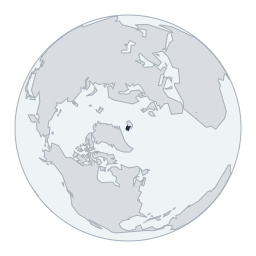 Vestfirðir on an orthographic globe, rotated 277°
{"feature_id": "ISL-690", "entity_name": "Vestfirðir", "entity_type": "Region", "adm_level": 1, "iso_a3": "ISL", "parent_name": "Iceland", "parent_adm1": "", "projection": "orthographic", "projection_center": [-22.568, 65.72], "detail": "fine", "context": "on_globe", "style": "filled", "palette": "slate", "viewbox_px": 256, "rotation_deg": 277, "n_neighbors": 0, "source": "natural_earth", "source_scale": "10m", "svg_char_len": 11620}
<svg xmlns="http://www.w3.org/2000/svg" viewBox="0 0 256 256"><g transform="rotate(277 128 128)"><circle cx="128" cy="128" r="113" fill="#eef3f6" stroke="#a8b0b8"/><path d="M42.4,201.3L40.5,198.9L32.3,186.0L33.4,185.7L32.1,182.7L36.4,184.3L36.0,178.7L34.7,176.1L32.9,175.7L29.1,165.8L28.7,159.7L22.4,128.8L22.9,124.1L24.8,120.9L32.3,100.2L24.6,114.9L25.7,109.2L28.4,102.5L29.1,103.3L33.9,95.6L36.2,89.9L43.9,82.0L54.6,79.1L52.5,81.9L55.3,81.0L58.1,77.5L59.2,75.5L72.7,68.8L82.9,59.2L83.2,55.0L85.4,57.0L84.1,48.4L87.8,43.1L85.4,49.9L86.5,51.2L89.9,47.9L91.7,48.6L94.5,47.4L96.4,48.6L94.8,52.6L96.0,53.5L98.4,51.1L101.7,50.9L98.1,54.2L103.7,54.2L102.1,61.3L90.9,69.8L91.8,75.1L84.8,87.8L87.1,87.7L86.0,92.7L88.2,94.5L86.3,96.5L89.8,96.3L91.1,94.1L93.1,93.4L94.6,94.3L92.4,96.9L91.3,96.8L91.4,98.1L89.7,99.0L91.4,99.1L88.5,102.3L93.5,100.6L93.0,104.3L90.5,106.0L88.0,103.9L76.0,103.2L72.7,104.6L70.6,108.4L72.4,119.6L69.9,122.0L68.6,126.6L71.2,126.1L73.2,122.3L77.8,122.7L79.7,118.2L81.8,117.7L84.9,114.0L87.3,116.7L88.1,121.3L85.7,124.6L86.0,126.8L90.7,125.5L88.5,133.5L91.1,142.3L90.2,144.2L84.2,144.5L78.1,139.8L70.2,140.7L78.3,142.4L76.0,147.4L76.8,149.2L78.7,150.3L80.8,149.3L80.6,151.6L72.5,150.7L72.6,148.6L75.1,148.9L72.2,146.8L66.8,146.5L66.0,149.2L58.6,146.3L58.0,148.2L56.0,148.8L57.5,145.8L54.7,151.2L45.8,149.3L41.7,157.8L42.5,147.8L40.8,143.6L38.3,139.4L37.6,140.7L35.3,133.7L31.5,130.6L27.3,134.4L25.9,140.9L28.6,148.1L30.7,147.8L33.4,152.1L28.8,154.9L33.1,164.1L31.1,167.6L32.0,172.0L34.9,175.4L37.6,180.3L40.5,180.7L44.8,183.6L43.9,187.0L47.0,186.2L48.8,190.1L57.9,197.4L57.0,197.7L64.4,207.3L74.0,214.4L76.2,217.7L74.9,218.4L78.5,220.4L78.6,221.3L94.3,228.2L103.4,232.1L103.8,234.2L97.6,234.6L95.1,235.7L91.7,234.6L83.7,231.5L75.9,227.9L68.4,223.6L61.3,218.8L54.6,213.4L48.3,207.6L42.4,201.3ZM50.2,46.6L51.1,45.9L49.4,47.5L50.2,46.6ZM52.4,44.8L51.9,45.1L52.5,44.7L52.4,44.8ZM53.3,43.9L52.7,44.5L53.4,43.9L53.3,43.9ZM54.5,42.9L53.9,43.4L54.0,43.4L54.5,42.9ZM40.1,159.8L45.2,171.8L41.0,167.4L42.0,167.7L41.0,164.1L38.7,158.7L35.4,154.9L40.1,159.8ZM56.6,41.2L57.1,40.7L56.6,41.2L56.6,41.2ZM45.2,159.6L44.2,157.8L45.4,159.3L45.2,159.6ZM59.5,74.5L57.9,77.4L54.7,80.4L55.8,77.8L59.5,74.5ZM65.8,69.2L65.6,70.7L62.5,71.3L63.6,70.3L65.8,69.2ZM83.0,51.9L81.5,53.8L82.4,51.8L83.0,51.9ZM94.5,47.1L94.4,46.3L95.8,46.1L94.5,47.1ZM83.3,112.8L84.0,113.4L83.1,113.7L83.3,112.8ZM83.9,110.6L82.2,110.7L82.3,109.6L83.3,109.7L83.9,110.6ZM100.1,47.6L102.5,47.5L99.8,48.3L100.1,47.6ZM85.9,110.9L82.5,107.9L82.6,106.1L86.6,104.7L85.9,110.9ZM103.7,47.9L109.5,47.6L109.7,45.9L112.5,50.7L106.6,49.3L103.2,50.5L104.6,48.9L103.7,47.9ZM90.9,93.1L89.6,95.4L89.3,92.6L90.9,93.1ZM90.3,91.5L86.8,84.4L89.5,81.6L90.2,84.5L92.6,80.2L95.7,82.3L95.0,85.1L92.6,86.5L95.6,86.3L90.3,91.5ZM113.1,53.5L114.3,54.1L112.7,54.3L113.1,53.5ZM93.9,92.9L92.9,91.6L95.3,89.1L97.6,91.1L96.1,91.2L93.9,92.9ZM91.8,78.1L93.9,76.6L97.0,77.9L98.2,77.5L96.0,82.1L91.8,78.1ZM96.3,92.3L98.7,92.2L99.0,94.2L95.0,93.9L96.3,92.3ZM94.9,87.6L96.1,86.5L96.2,87.7L94.9,87.6ZM101.2,101.7L100.0,100.2L101.1,98.7L101.2,101.7ZM99.6,92.0L99.5,91.3L99.8,90.5L101.4,90.9L99.6,92.0ZM98.3,82.7L99.2,83.6L99.4,80.9L101.7,81.8L99.8,84.7L101.6,83.8L102.3,84.1L100.0,86.2L98.3,82.7ZM103.9,89.1L102.3,93.3L104.3,96.3L103.4,97.7L100.3,92.5L103.9,89.1ZM101.8,87.2L102.9,88.7L101.2,89.6L99.4,89.2L101.8,87.2ZM103.9,81.4L100.9,79.2L101.4,78.6L103.9,81.4ZM104.8,89.8L105.2,88.7L105.2,89.9L104.8,89.8ZM104.6,83.7L103.4,83.0L104.1,82.4L104.6,83.7ZM106.9,87.3L106.4,88.7L105.1,88.4L106.9,87.3ZM106.1,85.5L107.2,84.8L105.0,87.5L105.5,85.3L106.1,85.5ZM105.4,83.2L105.4,82.6L105.8,83.6L105.4,83.2ZM111.9,87.6L109.4,91.0L106.6,90.4L109.5,87.2L111.9,87.6ZM222.2,66.2L221.6,65.8L224.7,70.8L223.4,69.4L222.9,71.6L226.8,79.1L233.6,93.3L236.2,97.9L237.8,103.7L235.7,104.7L232.5,102.5L233.1,106.4L229.7,109.8L227.9,124.0L226.4,124.2L226.3,127.6L223.8,131.2L221.0,131.2L220.0,134.5L227.1,134.4L228.0,130.8L227.0,125.1L229.0,126.2L231.3,123.0L233.2,134.9L228.4,158.5L225.9,155.8L211.6,155.3L210.8,153.3L210.7,153.2L210.4,153.0L211.2,156.7L208.0,156.0L217.9,159.1L220.5,161.8L228.4,159.0L228.2,160.6L230.1,158.8L233.7,146.6L234.2,147.9L233.8,159.1L226.9,180.2L226.6,182.4L226.3,183.0L221.5,190.8L216.1,198.1L210.2,205.1L203.6,211.5L196.6,217.3L189.2,222.6L188.7,222.6L193.1,218.7L193.2,217.2L186.6,216.6L188.2,212.1L185.9,211.8L181.5,214.6L178.6,214.0L175.8,215.3L156.3,223.6L149.1,222.6L137.4,215.2L140.0,210.6L138.2,205.6L154.2,180.8L160.1,180.0L175.6,169.1L177.9,168.5L178.9,173.9L192.7,170.9L193.9,164.8L203.6,159.1L208.4,153.0L205.2,143.1L197.4,153.1L193.4,150.8L197.4,139.6L203.9,130.8L202.5,129.7L196.2,132.1L195.3,127.0L193.7,132.6L196.1,132.6L195.1,136.2L192.9,136.4L192.7,134.6L190.1,136.5L191.8,145.0L194.4,145.9L189.0,153.3L192.8,155.5L192.2,158.9L185.5,156.3L184.4,154.0L173.9,153.0L174.6,156.1L184.5,157.3L182.5,158.3L183.5,162.7L181.1,160.1L170.0,158.2L163.6,164.0L159.5,177.5L155.0,180.2L149.3,180.0L146.8,169.5L157.3,164.7L156.5,161.1L151.0,157.7L154.6,156.6L153.6,154.7L157.3,152.6L159.0,145.8L162.2,143.2L159.6,136.8L160.9,134.7L162.0,139.1L164.5,140.8L172.0,134.6L172.5,132.2L170.3,128.7L172.6,127.5L169.4,124.8L172.2,119.7L166.2,123.8L163.4,119.9L163.2,114.9L161.2,114.4L161.4,122.6L162.5,125.3L165.1,126.3L167.1,134.4L165.2,137.4L159.1,131.9L155.8,135.6L152.5,129.9L153.9,111.0L156.1,105.1L166.7,102.7L168.1,106.0L164.9,108.4L170.8,109.3L168.9,107.7L170.8,106.8L168.6,103.1L169.9,102.3L165.6,100.1L166.9,98.7L169.6,100.1L167.5,93.6L169.3,89.9L168.2,88.9L166.5,88.8L170.0,84.3L169.1,83.7L167.5,84.9L164.6,84.6L160.8,82.4L162.2,81.0L163.8,81.6L169.2,80.8L173.1,82.8L173.3,82.0L170.3,80.0L163.7,80.9L161.0,79.9L163.9,79.0L162.7,79.3L161.8,78.4L162.2,76.2L158.9,77.0L147.2,69.6L146.9,64.8L150.8,64.7L144.2,58.5L144.3,53.9L142.9,55.0L138.8,53.0L138.7,54.4L137.7,54.8L127.0,50.6L125.6,48.6L119.4,48.4L118.7,49.0L119.4,50.4L112.5,50.7L109.7,45.9L111.5,44.8L108.6,42.7L113.0,40.4L115.4,37.7L122.0,36.7L123.3,34.7L121.9,34.2L122.7,31.2L128.8,27.4L129.6,33.0L121.6,39.9L125.4,37.2L126.3,38.7L128.7,38.2L131.2,36.4L130.4,35.6L143.2,37.3L152.7,35.3L147.9,33.2L147.1,31.0L153.6,27.5L171.2,29.9L170.3,27.6L171.8,27.4L175.8,29.2L173.8,29.5L175.9,31.4L174.2,31.4L180.0,34.6L177.8,34.7L183.4,37.2L183.7,36.1L179.4,33.1L185.2,35.4L183.7,32.6L186.0,32.7L196.9,39.2L204.3,45.5L205.2,46.2L206.9,48.2L211.0,52.3L210.4,51.2L216.6,58.4L222.2,66.2ZM151.7,193.0L152.0,194.8L151.7,193.0ZM212.8,125.2L215.2,119.1L210.5,117.1L211.0,114.7L209.2,115.0L210.1,117.0L205.1,117.3L204.8,113.1L202.6,111.7L201.7,113.7L203.0,121.4L210.2,121.0L211.2,124.5L212.8,125.2ZM58.2,197.6L59.2,199.1L57.6,198.0L58.2,197.6ZM39.8,168.3L41.2,170.2L41.7,171.7L40.5,170.5L39.8,168.3ZM53.1,182.7L55.0,184.8L52.7,183.3L53.1,182.7ZM46.1,173.5L51.5,181.1L47.2,178.4L43.9,173.6L46.5,176.0L46.1,173.5ZM43.2,161.2L44.0,162.6L43.3,163.0L43.2,161.2ZM46.1,160.7L45.7,160.3L45.6,159.1L46.1,160.7ZM76.4,147.4L77.1,147.6L78.7,149.1L77.4,149.1L76.4,147.4ZM89.3,151.5L88.8,155.0L88.2,152.5L86.3,153.2L82.7,148.7L89.6,145.0L87.1,147.4L89.3,151.5ZM79.9,141.9L81.4,145.1L79.5,141.8L79.9,141.9ZM144.7,146.7L147.0,147.2L147.2,150.0L143.2,153.5L142.8,149.6L144.7,146.7ZM150.2,147.4L145.3,141.2L147.6,138.8L147.2,141.2L149.2,140.2L149.0,143.8L156.0,147.8L156.7,150.5L148.8,155.4L151.0,152.3L148.6,151.9L150.2,147.4ZM128.7,130.6L126.6,128.2L134.3,126.1L135.4,128.6L131.4,132.3L127.8,131.5L128.7,130.6ZM93.7,109.1L92.4,108.6L93.0,107.8L94.6,107.7L93.7,109.1ZM100.6,101.1L100.0,110.8L98.5,110.6L100.0,116.6L96.5,118.6L95.7,114.6L94.2,120.7L92.0,117.9L91.5,122.1L89.9,113.0L87.9,110.8L91.4,112.5L94.6,110.7L95.4,109.3L96.2,103.7L93.5,98.3L96.2,95.8L98.9,95.5L99.9,96.4L97.8,97.7L100.8,98.0L98.5,100.6L100.6,101.1ZM128.4,95.0L125.5,95.9L131.1,97.5L128.8,99.9L129.6,99.9L129.1,102.6L129.8,105.9L128.4,106.7L129.3,107.7L129.0,109.5L129.7,111.2L127.4,113.1L128.2,115.3L126.7,115.0L128.5,118.3L126.1,116.7L125.5,119.1L128.1,119.3L114.1,126.6L110.1,131.1L108.0,135.7L104.2,132.6L103.7,126.4L105.2,119.3L109.7,115.5L107.1,114.9L108.5,112.9L109.9,114.2L108.6,111.1L110.1,109.8L111.4,103.9L108.5,100.2L108.9,98.1L110.8,98.9L109.9,96.2L113.8,96.3L114.2,94.7L118.5,93.4L121.9,96.0L122.1,94.1L125.3,93.1L128.4,95.0ZM113.2,87.3L117.8,89.7L118.9,92.3L111.0,93.6L110.1,94.9L105.2,96.0L103.8,92.4L105.3,92.4L106.5,91.6L106.5,93.0L107.4,91.3L109.5,91.2L110.8,89.9L112.0,91.0L113.2,87.3ZM179.0,165.5L180.5,164.6L182.6,162.8L183.2,165.6L179.0,165.5ZM171.5,164.3L172.6,163.1L174.6,166.1L173.0,167.0L171.5,164.3ZM171.6,160.1L172.5,162.9L171.1,161.9L171.6,160.1ZM162.9,137.9L164.0,136.5L164.7,137.1L164.9,138.8L162.9,137.9ZM144.4,100.9L142.6,100.9L142.5,100.1L139.0,97.9L140.4,96.1L143.0,96.7L144.4,100.9ZM204.9,146.2L204.5,149.5L203.3,149.8L203.7,148.6L204.9,146.2ZM194.1,158.6L197.3,156.9L194.2,159.4L194.1,158.6ZM145.3,98.6L143.7,97.8L145.4,97.4L145.3,98.6ZM141.2,94.6L142.9,93.8L140.2,95.6L141.2,94.6ZM236.3,97.8L236.5,97.7L237.2,100.4L236.3,97.8ZM206.2,46.9L208.3,49.1L208.0,48.8L204.9,45.9L206.2,46.9ZM187.8,33.0L189.4,33.7L190.4,34.3L190.6,34.6L187.8,33.0ZM154.8,82.7L158.1,87.7L161.4,90.3L164.6,90.1L161.4,92.7L156.4,88.6L154.8,82.7ZM148.0,71.3L145.1,71.7L145.4,70.2L146.1,69.9L148.0,71.3ZM147.0,72.5L145.3,75.4L143.1,74.8L144.8,72.6L147.0,72.5ZM145.5,86.8L146.4,88.4L145.0,88.8L145.5,86.8ZM167.2,24.3L166.7,24.7L164.1,23.7L165.2,23.7L167.2,24.3ZM155.2,21.1L163.3,23.5L169.6,25.9L168.5,25.0L171.4,25.6L172.2,26.8L166.5,25.2L162.0,23.5L159.7,23.5L155.4,22.6L153.8,23.5L151.4,23.3L151.4,22.1L155.2,21.1ZM153.3,24.0L149.0,25.6L144.9,23.9L144.9,23.1L148.6,23.0L150.6,24.0L153.3,24.0ZM146.8,25.5L148.6,26.5L146.3,31.8L144.7,32.5L144.4,27.3L146.1,28.0L147.4,27.1L146.8,25.5ZM114.7,53.2L114.3,54.0L113.8,53.1L114.7,53.2ZM137.7,55.6L136.3,56.0L135.8,54.9L137.7,55.6ZM132.1,56.5L133.7,57.5L131.4,57.0L132.1,56.5ZM137.3,59.6L134.0,58.1L138.0,58.7L137.3,59.6Z" fill="#d9dde1" stroke="#a8b0b8" stroke-width="1"/><path d="M128.7,128.5L128.5,128.4L128.4,128.4L128.4,128.5L128.4,128.4L128.4,128.5L128.2,128.5L128.1,128.4L128.3,128.4L128.4,128.2L128.3,128.3L128.2,128.4L128.0,128.2L128.0,128.3L127.9,128.3L127.9,128.2L127.9,128.4L127.7,128.3L127.8,128.3L127.8,128.2L127.7,128.3L127.7,128.2L127.7,128.3L127.5,128.5L127.4,128.4L127.2,128.5L126.9,128.6L126.7,128.4L126.4,128.4L126.5,128.3L126.5,128.2L126.8,128.3L127.0,128.4L126.9,128.3L126.8,128.2L127.0,128.2L126.8,128.1L126.7,127.9L126.8,127.8L127.1,128.0L127.3,128.2L127.2,128.0L127.3,128.0L127.4,127.9L127.5,128.0L127.5,127.9L127.4,127.9L127.5,127.9L127.4,127.9L127.2,127.9L127.0,127.7L127.3,127.7L127.5,127.8L127.4,127.7L127.2,127.6L127.0,127.4L127.3,127.4L127.4,127.5L127.3,127.4L127.2,127.3L127.1,127.2L127.3,127.2L127.3,127.3L127.3,127.2L127.2,127.2L127.3,127.1L127.5,127.2L127.6,127.3L127.6,127.2L127.7,127.3L127.6,127.5L127.7,127.4L127.8,127.4L127.7,127.5L127.8,127.5L127.8,127.4L127.8,127.5L127.8,127.4L128.0,127.4L128.0,127.5L127.9,127.8L128.0,127.7L128.1,127.8L128.1,127.6L128.1,127.4L128.0,127.2L127.8,127.1L127.7,127.1L127.9,126.9L128.0,127.0L128.1,126.9L127.9,126.9L127.9,126.7L128.0,126.7L127.9,126.7L127.8,126.8L127.8,126.7L127.7,126.9L127.5,126.7L127.8,126.6L127.7,126.5L127.8,126.5L128.0,126.6L128.3,126.7L128.2,126.8L128.3,126.8L128.5,126.9L128.5,127.0L128.7,127.3L128.8,127.4L128.7,127.3L128.8,127.3L129.0,127.4L129.0,127.5L128.9,127.5L129.0,127.5L128.9,127.6L129.0,127.5L129.0,127.8L128.9,127.9L129.0,127.9L128.9,128.0L128.7,127.9L128.7,128.0L128.8,128.1L128.9,128.3L129.0,128.2L129.0,128.3L128.9,128.5L129.0,128.5L129.1,128.8L129.2,129.0L129.3,129.3L129.3,129.5L129.2,129.4L129.1,129.2L129.0,128.8L128.9,128.7L128.7,128.7L128.8,128.6L128.8,128.4L128.7,128.5Z" fill="#64748b" stroke="#1e293b" stroke-width="1.5"/></g></svg>